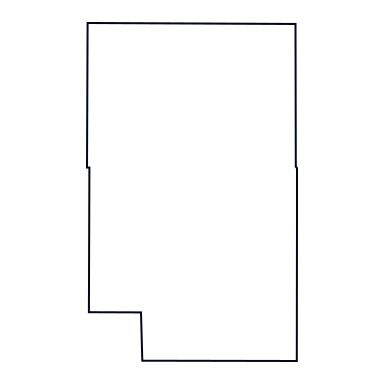 the district of Clark, South Dakota, United States of America
{"feature_id": "52423323B45667885059065", "entity_name": "Clark", "entity_type": "district", "adm_level": 2, "iso_a3": "USA", "parent_name": "United States of America", "parent_adm1": "South Dakota", "projection": "equal_earth", "projection_center": [-97.745, 44.849], "detail": "fine", "context": "isolated", "style": "outline", "palette": "ink", "viewbox_px": 384, "rotation_deg": 0, "n_neighbors": 0, "source": "geoboundaries", "source_scale": "gbopen_adm2", "svg_char_len": 265}
<svg xmlns="http://www.w3.org/2000/svg" viewBox="0 0 384 384"><path d="M142.3,360.7L296.8,361.0L297.0,216.4L297.0,168.1L295.8,166.8L295.5,24.0L87.6,23.0L87.0,167.5L89.4,167.5L88.9,312.2L141.0,312.4L142.3,360.7Z" fill="none" stroke="#020617" stroke-width="2"/></svg>